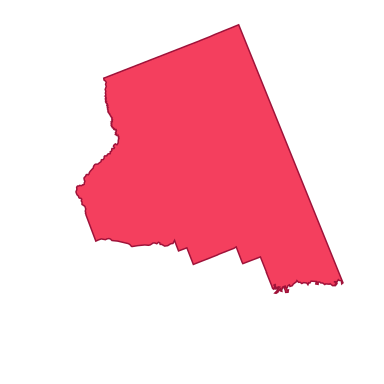 Coconino, Arizona, United States of America (Albers equal-area conic projection), rotated 339°
{"feature_id": "52423323B62960071172507", "entity_name": "Coconino", "entity_type": "district", "adm_level": 2, "iso_a3": "USA", "parent_name": "United States of America", "parent_adm1": "Arizona", "projection": "albers", "projection_center": [-112.498, 35.631], "detail": "fine", "context": "isolated", "style": "filled", "palette": "rose", "viewbox_px": 384, "rotation_deg": 339, "n_neighbors": 0, "source": "geoboundaries", "source_scale": "gbopen_adm2", "svg_char_len": 5520}
<svg xmlns="http://www.w3.org/2000/svg" viewBox="0 0 384 384"><g transform="rotate(339 192 192)"><path d="M84.6,203.4L87.5,203.2L90.5,203.3L94.1,205.5L95.7,205.3L97.8,205.7L99.1,206.8L99.9,208.6L105.0,211.2L114.1,217.4L115.3,219.0L116.0,221.1L116.7,221.5L122.0,222.6L128.9,224.5L132.4,226.2L134.1,226.4L137.4,225.7L138.9,226.2L140.6,227.7L142.7,226.9L143.7,227.9L143.5,229.5L144.9,230.0L147.1,232.7L150.1,233.4L153.6,232.7L155.8,233.2L158.4,230.9L158.3,234.9L158.3,242.2L167.2,242.3L167.3,260.1L193.3,259.9L194.5,259.7L211.0,259.6L213.6,259.1L213.6,275.6L213.8,277.1L221.5,277.1L232.6,277.1L232.8,293.9L232.6,293.9L232.8,307.8L232.7,310.7L233.2,311.8L235.5,310.0L235.2,308.3L237.1,308.0L236.1,308.6L236.2,311.0L234.1,311.9L235.0,312.4L236.5,312.4L238.5,311.4L239.7,312.1L236.6,313.8L235.8,314.8L233.1,316.0L234.2,316.7L236.3,316.3L237.4,315.1L240.0,314.0L239.0,315.9L240.3,316.9L240.7,315.3L242.0,314.5L242.7,313.2L245.3,313.2L245.3,314.9L243.8,314.1L243.8,317.0L243.5,319.3L245.7,320.0L246.9,318.0L245.5,318.0L245.9,315.2L246.7,315.3L248.1,313.8L249.7,313.6L249.6,315.3L252.1,315.4L253.5,314.3L257.3,313.2L258.2,312.3L259.1,314.5L260.6,315.0L261.7,316.8L263.8,316.6L266.5,318.1L267.0,320.1L268.5,318.5L269.4,319.2L271.2,317.9L276.0,320.1L274.6,322.2L276.6,323.4L277.2,322.1L276.6,321.1L279.0,321.8L279.6,323.0L281.4,323.8L282.8,326.0L283.9,325.7L287.2,327.3L288.1,327.1L289.7,329.8L292.3,330.8L294.1,329.7L293.1,329.3L294.5,328.5L292.3,326.6L295.3,327.7L297.2,326.3L297.6,327.2L299.5,328.4L299.8,329.3L299.4,329.6L299.4,329.9L299.0,330.4L299.0,330.5L299.1,331.1L299.0,331.4L300.4,330.9L295.5,52.6L269.8,53.1L264.4,53.4L254.6,53.5L252.7,53.6L242.3,53.6L150.4,54.1L150.0,56.0L151.0,57.5L151.2,59.0L149.9,60.4L149.8,62.7L147.7,65.1L147.6,67.1L146.5,68.7L146.6,69.7L145.9,71.2L145.4,71.3L145.6,71.5L145.7,71.8L145.4,72.1L145.4,72.5L145.3,72.9L145.5,73.2L145.4,73.4L145.5,73.5L145.4,73.7L145.1,73.7L144.9,73.7L145.0,73.9L145.0,74.3L144.9,74.6L144.7,74.4L144.6,74.5L144.3,74.7L144.3,74.9L144.4,75.0L144.3,75.5L144.2,75.9L143.8,76.2L144.0,76.9L144.4,77.0L144.1,77.3L144.0,77.5L143.9,77.7L143.7,77.7L143.8,78.2L144.0,78.3L144.2,78.8L144.4,78.9L144.5,79.0L144.3,79.4L144.3,79.2L144.1,79.2L144.1,79.6L144.4,80.2L144.3,80.3L144.2,80.2L144.0,80.3L143.9,80.4L144.3,80.6L144.4,80.9L144.1,81.0L143.9,80.8L143.6,81.0L144.0,81.5L144.1,81.8L144.0,81.7L143.7,81.7L143.7,81.9L143.6,82.1L143.9,82.6L143.7,82.6L143.5,82.9L143.2,83.0L143.3,83.4L143.4,83.6L143.2,84.0L142.9,84.2L143.0,84.4L143.1,84.8L142.9,85.1L143.0,85.5L142.8,85.9L142.5,86.2L142.7,86.8L142.4,87.0L142.3,87.3L142.6,87.6L142.5,88.1L142.7,88.7L143.1,89.4L143.0,89.5L142.9,89.8L143.1,89.9L143.1,90.1L143.0,90.3L143.1,90.8L143.2,91.1L143.3,91.4L143.2,91.8L143.3,92.0L143.5,92.4L143.4,92.7L143.5,93.1L143.8,93.4L143.8,93.7L143.6,94.0L143.6,94.4L143.8,94.5L143.6,94.7L143.5,95.0L143.3,95.4L143.3,95.6L143.4,95.8L143.2,95.8L143.0,96.0L143.1,96.4L143.2,96.5L143.1,97.0L142.7,97.1L142.7,97.5L142.7,97.8L141.8,97.7L141.9,97.9L142.0,98.1L141.9,98.3L141.4,98.6L141.4,98.9L141.0,99.2L140.9,99.4L140.9,99.6L141.2,99.7L141.2,99.9L141.0,100.4L141.0,100.6L140.7,100.6L140.4,101.0L140.6,101.2L140.8,101.1L140.5,101.7L140.5,102.0L140.8,102.1L140.9,102.3L140.9,102.5L140.8,102.8L141.0,103.0L140.9,103.3L140.8,103.6L141.1,103.9L141.3,104.0L141.5,103.9L141.6,104.1L141.7,104.3L141.6,104.5L142.0,104.9L141.7,105.3L141.9,105.3L142.4,105.6L142.4,105.9L142.2,105.9L142.2,106.2L142.4,106.4L142.7,106.5L142.9,106.4L143.1,106.4L143.2,106.5L143.4,106.6L143.5,106.6L143.5,106.8L143.4,106.8L143.3,107.0L143.3,107.4L143.4,107.5L142.9,107.9L142.8,108.2L143.0,108.3L142.9,108.6L142.7,108.8L142.5,108.7L142.0,109.0L141.8,109.1L141.7,109.3L141.8,109.4L141.9,109.6L141.9,110.2L141.7,110.3L141.7,110.5L141.9,110.5L142.3,110.8L142.2,111.0L141.8,111.0L141.6,111.0L141.8,111.3L141.8,111.5L141.7,111.5L142.0,111.8L142.1,112.2L142.2,112.4L142.3,112.5L142.5,112.4L143.0,112.5L142.8,112.7L143.0,113.0L143.2,113.5L143.4,113.8L143.4,114.1L143.3,114.5L142.9,114.8L142.8,115.2L142.9,115.4L142.9,115.5L142.8,115.8L142.8,116.0L142.5,116.1L141.3,118.0L141.1,118.9L140.3,120.0L139.3,120.8L138.9,121.0L138.2,120.4L137.9,119.7L137.5,119.7L137.0,119.8L136.4,120.1L135.6,120.4L135.0,121.3L135.5,122.9L134.6,123.5L133.0,122.7L132.4,123.2L132.2,124.0L132.0,124.5L131.3,125.0L130.1,125.1L129.9,125.5L129.9,126.2L129.3,126.9L128.2,126.5L127.4,126.4L126.8,126.5L126.3,126.8L125.6,127.6L124.7,127.5L123.5,127.0L122.9,127.3L122.7,127.5L122.5,127.9L122.2,128.8L121.5,129.4L121.0,129.8L120.4,129.9L119.5,129.5L118.8,129.6L118.1,130.9L117.5,131.2L116.2,131.5L114.1,132.2L113.6,132.1L112.1,131.5L111.5,131.5L111.0,131.6L109.6,132.5L109.0,133.2L108.2,134.4L106.6,135.0L105.8,135.5L104.9,135.9L103.8,136.6L103.1,137.1L102.7,137.8L102.2,138.3L101.2,138.7L100.6,138.1L99.6,137.9L99.0,138.4L98.8,138.7L98.1,139.3L97.2,139.6L96.1,140.3L96.1,140.8L95.7,142.1L95.9,143.3L95.7,143.9L95.1,144.4L94.7,144.9L94.3,145.7L94.2,146.1L93.4,146.4L92.6,146.1L91.9,146.3L91.7,146.4L91.3,146.5L91.0,146.3L90.5,146.2L89.6,145.6L88.2,145.8L87.2,145.4L86.0,146.2L85.7,147.5L85.2,148.7L84.0,149.9L83.7,150.4L83.6,152.1L83.7,153.3L83.8,153.8L84.3,154.6L84.5,155.6L84.4,156.4L84.5,157.0L84.9,157.5L86.0,158.0L86.2,158.3L86.4,158.7L86.2,158.9L86.4,159.4L85.8,160.0L85.4,160.7L85.7,161.8L85.3,163.2L84.9,163.8L84.9,164.3L85.4,164.8L85.7,165.4L85.9,165.8L86.4,166.1L86.9,167.4L86.7,168.7L86.8,169.6L86.6,170.0L85.9,170.9L85.4,172.0L85.4,172.4L85.5,172.8L84.9,173.7L85.0,174.2L84.9,175.3L84.8,175.5L84.6,203.4Z" fill="#f43f5e" stroke="#9f1239" stroke-width="1.5"/></g></svg>